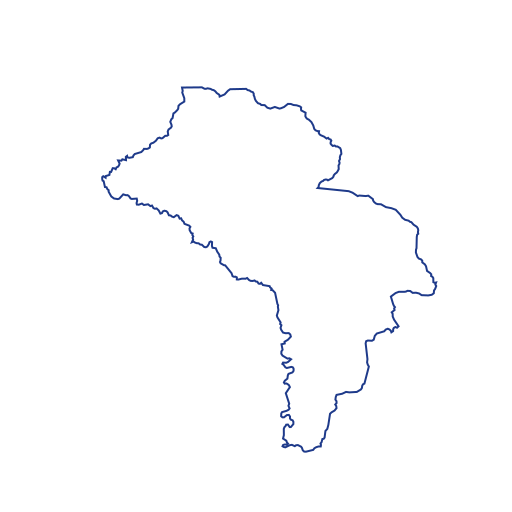 Itacajá, Tocantins, Brazil, rotated 210°
{"feature_id": "56859067B1314671145459", "entity_name": "Itacajá", "entity_type": "district", "adm_level": 2, "iso_a3": "BRA", "parent_name": "Brazil", "parent_adm1": "Tocantins", "projection": "albers", "projection_center": [-47.679, -8.502], "detail": "fine", "context": "isolated", "style": "outline", "palette": "blue", "viewbox_px": 512, "rotation_deg": 210, "n_neighbors": 0, "source": "geoboundaries", "source_scale": "gbopen_adm2", "svg_char_len": 6127}
<svg xmlns="http://www.w3.org/2000/svg" viewBox="0 0 512 512"><g transform="rotate(210 256 256)"><path d="M348.1,395.8L361.8,387.5L362.9,385.1L364.0,380.2L367.2,375.9L368.4,377.3L371.5,377.5L373.6,378.3L375.6,378.5L377.1,378.0L378.9,378.0L381.8,377.0L382.9,375.8L384.2,375.1L387.2,375.0L404.3,364.9L402.0,362.3L401.6,360.7L397.0,356.8L395.3,353.9L397.7,349.4L398.2,347.3L397.0,344.6L397.1,343.1L398.0,339.7L398.8,338.2L397.2,333.7L397.7,332.1L397.3,329.3L394.8,327.4L393.8,326.1L393.8,324.6L395.0,321.8L394.7,319.7L392.5,316.9L393.2,315.6L394.7,314.7L395.9,311.3L396.9,310.4L398.7,310.3L400.0,308.8L400.3,305.8L401.5,302.8L403.0,301.1L403.4,299.4L402.2,296.9L403.0,295.3L404.0,294.2L406.6,292.8L406.6,291.4L407.3,288.7L412.0,283.7L412.4,281.8L412.1,280.0L414.8,277.7L416.8,277.1L417.7,278.2L418.3,276.8L416.5,274.0L420.1,272.9L420.2,271.3L423.2,269.8L420.3,267.8L420.0,266.1L420.1,264.4L421.1,263.0L420.9,261.0L422.6,261.1L424.0,260.4L423.5,256.4L424.6,255.8L423.5,252.9L426.1,250.1L425.4,248.6L428.2,248.7L428.6,247.4L427.7,245.8L426.6,244.6L425.3,244.6L421.3,240.2L419.8,240.8L418.2,239.6L416.5,239.3L415.8,238.0L411.1,235.2L407.7,234.8L404.1,236.2L403.1,237.3L401.8,243.0L399.1,243.6L397.6,244.5L395.9,244.3L393.4,243.1L392.1,243.3L388.0,246.1L386.5,244.4L385.9,242.1L384.9,241.0L383.2,241.8L381.0,244.4L378.6,244.1L375.3,246.8L372.4,246.4L371.3,247.7L368.7,246.2L367.1,246.4L365.9,247.5L363.0,246.8L360.0,244.9L358.9,246.1L359.0,248.0L358.0,249.4L356.0,250.0L354.4,249.6L351.8,247.7L350.2,248.4L348.5,248.1L346.6,248.5L345.2,251.7L343.4,252.0L340.8,250.2L339.7,251.2L337.9,249.9L335.8,249.5L334.0,248.1L329.0,248.9L327.4,248.4L327.4,246.7L326.4,245.2L323.6,243.5L322.1,243.8L321.7,242.4L320.1,241.6L320.0,240.0L318.7,238.8L318.4,235.9L317.3,237.3L315.9,237.1L313.9,237.4L312.0,238.3L310.1,238.0L308.5,238.7L305.3,237.9L303.8,238.5L302.9,239.9L302.8,242.9L303.2,244.7L302.4,246.0L301.0,246.1L299.2,242.7L297.8,241.4L294.7,242.6L291.8,240.4L288.5,238.8L287.3,237.3L285.7,236.8L284.4,234.2L284.2,232.8L283.0,232.0L279.2,232.0L278.0,232.5L268.6,228.9L266.2,226.8L264.6,227.0L263.5,227.8L261.9,227.9L260.9,226.1L259.6,226.7L256.8,229.4L253.7,231.1L252.7,232.5L249.9,231.7L248.2,231.8L246.4,232.7L245.0,234.1L243.5,233.8L242.0,234.4L240.0,233.4L238.6,233.9L238.1,235.4L235.5,234.3L229.1,236.7L228.2,235.9L226.2,235.6L225.9,234.2L224.5,234.7L221.1,233.7L213.5,225.2L212.2,224.4L211.7,223.0L209.5,220.3L208.2,214.9L206.8,213.6L201.5,210.8L201.1,209.2L199.4,208.8L198.8,206.0L197.3,204.7L194.3,203.2L191.8,203.9L189.1,205.6L187.1,205.2L185.5,203.6L186.5,199.4L188.4,196.0L187.4,194.6L189.8,192.3L186.1,188.1L186.3,186.1L185.2,184.0L183.2,183.0L179.4,182.9L177.4,182.9L175.9,184.1L174.0,184.1L175.2,180.4L176.4,178.7L179.3,177.2L179.2,175.7L177.8,175.6L174.9,174.3L173.3,174.4L170.0,177.6L168.6,178.0L167.3,177.4L166.4,176.1L166.0,174.8L166.3,173.3L168.9,170.2L168.8,168.7L167.5,165.5L168.7,162.4L168.6,160.4L167.3,159.8L166.2,160.7L164.9,160.9L162.9,160.6L161.1,159.4L161.6,152.1L153.4,144.7L153.0,142.5L150.7,140.8L150.9,139.1L152.1,137.2L155.4,133.8L155.4,132.3L154.1,129.8L152.5,129.5L151.1,130.3L149.7,133.7L148.1,134.8L146.3,134.0L145.4,132.4L144.1,131.7L142.1,132.0L140.7,131.1L139.6,129.1L140.3,125.3L141.3,124.7L144.1,126.0L145.5,125.0L145.4,123.4L145.8,121.9L145.5,120.2L142.3,114.8L141.3,111.4L137.4,111.2L136.0,110.0L134.5,109.5L135.2,108.0L137.0,107.0L138.0,105.9L137.9,104.5L136.4,104.5L134.9,105.0L132.2,109.0L130.5,110.4L127.3,110.7L126.7,112.1L125.2,113.2L121.6,113.4L120.4,112.9L118.3,111.1L116.5,110.7L114.9,111.5L109.5,116.7L109.3,118.7L108.2,120.6L106.6,122.3L104.7,123.4L105.3,124.9L106.4,125.9L106.1,127.4L107.0,130.7L106.0,131.5L105.8,133.0L108.4,139.2L107.8,141.9L108.9,145.9L113.0,156.4L112.4,158.4L110.7,161.4L110.2,164.5L111.5,166.2L113.1,167.0L112.7,168.9L113.7,170.5L115.4,171.3L116.4,173.7L116.8,176.0L112.5,179.8L110.1,183.3L106.9,184.6L100.7,188.7L98.4,192.9L98.3,194.7L99.1,196.6L99.2,198.3L98.3,199.7L103.0,216.7L104.9,217.8L106.6,219.4L107.9,222.4L117.4,235.2L118.0,237.3L116.9,238.7L113.2,240.6L112.2,242.4L113.2,246.3L112.6,249.3L107.3,254.9L106.9,257.1L105.5,258.9L103.7,259.1L101.9,258.7L100.6,257.6L99.7,259.5L100.6,261.2L100.7,262.6L99.8,264.2L98.0,264.4L97.4,266.4L104.6,269.9L107.3,271.9L108.8,274.3L110.3,275.1L109.0,278.5L110.2,279.7L110.1,281.2L111.7,281.8L113.4,283.1L118.9,288.3L116.6,293.7L114.4,296.4L109.7,299.1L108.4,300.1L107.4,301.6L104.9,302.8L101.9,302.4L99.1,304.2L96.0,305.1L93.0,304.9L87.1,308.0L84.4,310.3L83.4,312.6L84.6,315.2L84.4,316.9L84.9,320.1L86.4,320.9L86.8,323.1L87.9,322.1L89.3,322.0L91.4,325.5L92.8,326.2L94.3,326.2L95.1,327.8L96.6,328.3L100.4,328.6L103.6,332.1L105.6,333.2L108.8,333.6L109.7,335.1L111.3,335.6L113.7,335.2L115.7,335.9L119.3,339.0L120.6,341.5L120.9,343.0L126.3,352.9L127.1,355.1L126.6,356.4L127.7,357.6L128.4,359.5L129.6,360.8L131.4,361.7L135.2,361.9L138.4,363.0L139.6,362.6L141.5,362.9L145.0,361.9L148.5,362.3L151.6,363.9L158.1,365.9L162.7,365.1L167.9,363.3L173.6,363.3L176.7,361.7L178.4,361.4L180.7,361.8L182.3,362.6L183.2,363.7L188.9,364.4L190.9,362.8L196.8,360.0L197.9,358.7L204.0,359.1L208.1,358.5L236.6,345.7L236.3,347.1L237.0,348.7L237.2,351.0L236.5,353.2L235.4,354.6L235.1,355.9L233.9,357.1L232.8,357.6L231.5,357.5L228.9,361.6L228.6,363.4L229.0,364.7L228.7,366.5L227.8,368.7L227.7,370.5L227.8,372.6L229.8,375.7L229.8,377.3L230.2,378.5L231.6,379.8L231.7,381.9L232.8,383.5L233.3,385.5L233.1,387.1L235.4,390.2L237.0,391.5L240.2,391.6L241.6,390.8L243.1,391.0L244.5,389.7L246.1,390.0L247.6,390.6L248.3,391.9L248.4,393.5L249.6,394.2L251.0,393.8L252.6,394.4L253.6,393.0L256.7,393.4L260.1,393.0L261.7,393.1L263.2,394.0L263.8,395.6L265.2,394.9L267.3,394.6L269.1,395.2L271.7,397.7L275.0,399.7L278.4,400.5L280.5,400.4L282.1,401.0L283.2,401.8L284.7,404.9L289.6,404.7L290.6,405.9L291.2,407.3L292.9,407.5L296.2,406.8L299.0,405.5L301.8,405.1L304.4,403.7L306.2,399.1L308.2,396.5L309.4,395.4L314.2,394.5L317.3,390.8L320.3,390.1L323.9,391.0L326.9,389.4L328.4,389.8L330.7,389.3L333.7,390.3L335.5,391.5L337.1,393.2L338.4,394.1L339.1,395.4L340.6,396.3L342.6,395.9L344.4,396.1L346.2,395.5L348.1,395.8Z" fill="none" stroke="#1e3a8a" stroke-width="2"/></g></svg>